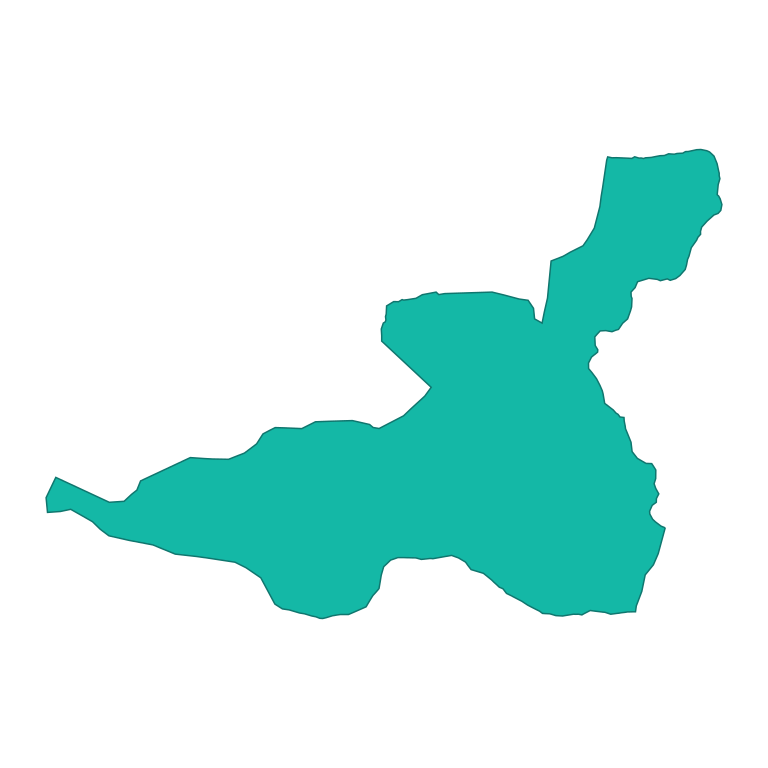 the district of Lafia, Nassarawa, Nigeria
{"feature_id": "59680162B86357482908219", "entity_name": "Lafia", "entity_type": "district", "adm_level": 2, "iso_a3": "NGA", "parent_name": "Nigeria", "parent_adm1": "Nassarawa", "projection": "albers", "projection_center": [8.783, 8.712], "detail": "fine", "context": "isolated", "style": "filled", "palette": "teal", "viewbox_px": 768, "rotation_deg": 0, "n_neighbors": 0, "source": "geoboundaries", "source_scale": "gbopen_adm2", "svg_char_len": 4288}
<svg xmlns="http://www.w3.org/2000/svg" viewBox="0 0 768 768"><path d="M108.9,535.8L129.2,540.4L152.9,544.9L162.3,548.8L175.2,554.1L196.7,556.5L204.5,557.6L204.9,557.6L235.0,562.2L246.0,567.7L260.8,577.8L274.9,604.1L282.4,608.9L289.2,609.9L299.6,613.0L304.5,613.8L311.8,616.0L315.9,616.8L319.8,618.3L322.7,618.5L326.1,617.7L332.3,615.8L333.2,615.6L333.6,615.6L336.3,615.1L340.4,614.5L343.1,614.5L348.5,614.5L353.4,612.4L356.6,611.0L360.0,609.5L366.1,606.8L368.2,603.2L371.4,597.9L372.9,595.5L374.4,593.9L376.3,591.8L379.0,588.6L379.1,588.0L379.3,586.9L380.2,581.6L381.2,575.4L381.8,573.2L383.7,566.7L386.7,563.9L390.6,560.1L394.7,558.7L397.8,557.6L400.2,557.6L402.5,557.6L404.2,557.6L406.9,557.7L408.5,557.7L411.0,557.8L415.9,557.9L421.3,559.4L427.2,558.8L429.8,558.5L431.0,558.5L432.9,558.7L436.7,558.0L442.4,557.0L445.1,556.5L447.7,556.1L449.4,555.8L451.6,555.4L455.4,556.8L458.5,557.9L461.3,559.6L465.4,562.0L466.5,563.4L466.8,563.8L467.0,564.2L468.2,565.8L471.1,569.6L476.1,571.1L483.4,573.3L486.3,575.6L490.6,579.1L491.9,580.2L494.0,582.3L495.7,583.8L499.3,587.2L502.9,588.7L506.5,593.4L510.0,595.1L519.8,600.2L522.1,601.4L523.4,602.3L527.5,605.0L530.9,606.8L534.8,608.8L539.6,611.2L542.5,613.4L545.1,613.6L547.7,613.7L549.7,613.8L551.2,614.2L555.8,615.6L562.7,616.0L564.9,615.6L567.4,615.2L569.9,614.8L573.5,614.2L575.9,614.3L578.4,614.2L581.9,614.9L583.6,613.9L590.2,610.5L595.5,611.2L598.8,611.6L601.3,611.9L602.8,612.1L605.0,612.3L610.7,614.2L614.6,613.7L616.8,613.4L619.4,613.1L621.0,612.8L625.3,612.3L627.7,611.9L629.5,611.9L632.9,611.8L635.5,611.8L636.3,605.9L641.8,591.4L645.2,574.9L653.4,564.8L658.2,553.7L665.1,528.2L664.2,527.4L661.2,526.2L659.4,524.9L655.2,521.7L652.6,519.2L649.8,514.0L649.6,511.2L652.2,505.3L656.3,502.3L656.4,498.6L657.8,495.8L658.8,493.9L658.0,492.5L655.7,488.3L655.1,486.6L654.1,483.7L655.7,478.6L655.8,470.0L653.7,466.6L651.7,463.6L646.0,463.4L641.7,460.9L637.4,458.4L632.1,451.6L631.0,442.2L629.3,438.0L627.2,432.8L625.5,428.7L625.2,426.1L624.6,423.1L624.2,420.9L624.0,417.5L620.0,417.0L618.1,414.4L615.9,413.0L613.3,410.0L610.3,407.7L609.0,406.7L608.8,406.5L604.7,403.4L603.1,394.0L602.3,390.8L600.0,385.5L596.5,378.7L592.1,372.8L588.6,368.6L588.5,363.0L591.5,357.1L593.9,355.1L595.0,354.3L597.6,352.1L597.8,349.8L595.2,345.5L594.8,336.9L597.2,334.1L600.2,330.9L605.9,330.6L608.5,331.1L612.0,331.7L615.8,330.2L618.5,329.4L622.6,323.3L627.6,318.9L630.5,310.8L631.6,306.9L631.9,300.6L632.0,298.4L631.2,296.4L631.0,292.1L635.1,287.6L636.3,284.7L637.6,281.7L643.2,280.0L648.8,278.3L657.4,279.4L660.3,280.7L664.9,279.5L667.3,278.9L670.2,280.3L675.7,278.6L679.9,275.5L681.2,274.0L685.2,269.5L686.5,265.1L687.6,259.3L688.9,256.4L691.3,247.7L696.6,240.2L697.9,237.3L700.6,234.3L700.5,231.4L701.7,227.1L707.1,221.1L713.9,215.0L718.1,213.4L720.8,210.4L721.9,204.6L720.2,198.9L718.7,196.1L717.2,194.7L718.2,184.6L719.9,178.7L719.2,175.7L719.2,173.1L718.7,171.3L717.1,163.7L714.0,156.1L712.1,154.3L709.6,152.0L707.7,151.1L706.7,150.7L704.3,150.2L700.9,149.5L696.7,149.7L688.3,151.5L685.5,151.6L682.7,153.2L679.9,153.3L676.9,153.5L674.4,154.2L671.1,154.0L668.6,153.8L666.9,154.5L664.4,155.5L662.5,155.6L660.1,155.7L655.8,156.5L651.4,157.4L648.9,157.6L645.5,157.8L643.5,158.5L641.2,158.0L639.0,158.1L634.7,156.8L631.9,158.4L626.0,158.1L616.3,157.7L612.1,157.8L607.7,156.9L606.7,160.1L602.6,187.8L601.2,196.2L599.9,206.5L594.3,228.1L587.2,239.8L583.0,245.8L570.4,252.1L563.1,256.3L551.1,261.0L547.5,298.1L544.3,312.1L542.1,323.1L534.6,318.9L533.5,308.3L528.1,300.3L519.0,299.0L504.0,295.0L492.1,292.1L444.7,293.6L438.8,294.6L436.1,292.1L428.2,293.6L422.3,294.7L416.0,298.3L407.8,299.6L403.7,300.1L402.1,299.6L398.6,301.7L393.7,301.6L386.6,305.9L386.2,314.1L385.5,316.6L385.9,319.9L385.3,321.8L383.3,323.1L381.3,329.0L381.7,335.7L381.7,341.1L431.2,387.3L424.8,396.1L410.5,409.2L403.6,415.8L379.1,428.5L373.1,427.5L369.6,424.5L360.4,422.4L352.4,420.6L328.8,421.3L315.4,421.8L301.8,428.6L284.9,427.9L275.2,427.6L270.2,430.1L263.0,433.9L256.6,443.9L244.4,453.1L239.8,454.9L238.2,455.5L228.6,459.3L212.5,459.0L204.9,458.6L190.3,457.6L140.6,480.9L136.9,490.1L131.6,494.3L124.1,501.3L109.3,502.3L55.8,477.4L53.3,482.6L46.1,497.7L47.5,512.4L60.3,511.5L70.7,509.3L80.8,515.0L92.5,521.7L100.4,529.4L108.9,535.8Z" fill="#14b8a6" stroke="#0f766e" stroke-width="1.5"/></svg>